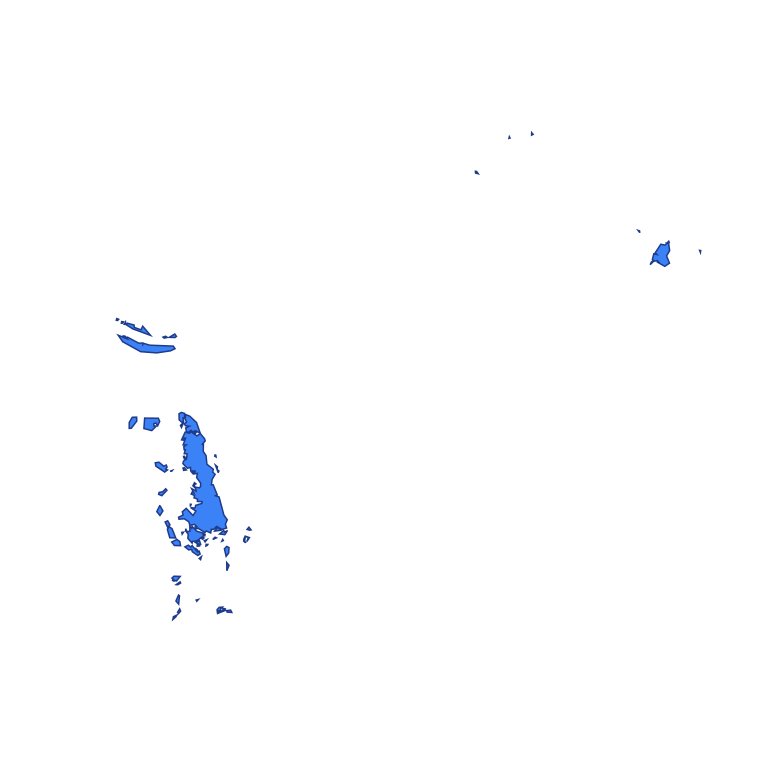 Tawi-Tawi, Tawi-Tawi, Philippines (Mercator projection), rotated 104°
{"feature_id": "2640588B18152609363823", "entity_name": "Tawi-Tawi", "entity_type": "district", "adm_level": 2, "iso_a3": "PHL", "parent_name": "Philippines", "parent_adm1": "Tawi-Tawi", "projection": "mercator", "projection_center": [119.908, 5.883], "detail": "fine", "context": "isolated", "style": "filled", "palette": "blue", "viewbox_px": 768, "rotation_deg": 104, "n_neighbors": 0, "source": "geoboundaries", "source_scale": "gbopen_adm2", "svg_char_len": 6232}
<svg xmlns="http://www.w3.org/2000/svg" viewBox="0 0 768 768"><g transform="rotate(104 384 384)"><path d="M561.8,501.9L558.4,504.0L553.7,503.2L549.8,507.7L533.5,516.7L533.2,520.5L531.9,519.0L523.1,525.4L523.6,527.1L518.2,527.7L512.5,526.0L511.0,528.8L508.0,529.0L504.7,536.4L496.6,539.3L493.1,543.1L486.2,544.6L486.7,545.4L486.4,545.8L482.5,543.7L480.6,544.8L476.5,550.2L479.6,553.0L477.1,559.6L478.9,561.0L478.8,565.3L487.2,566.9L487.0,564.6L484.7,564.9L484.6,563.4L491.7,564.2L491.1,561.3L493.2,563.1L496.2,562.0L496.4,561.4L495.8,561.2L495.8,560.8L499.9,561.0L499.5,558.1L504.7,557.5L507.3,559.9L509.9,559.9L513.3,554.3L511.7,551.6L515.1,550.5L514.1,546.3L515.4,546.1L516.3,549.0L517.5,547.3L515.9,543.4L520.1,543.2L524.6,537.9L527.8,537.2L529.4,538.0L529.7,542.1L533.3,540.4L532.1,545.3L535.8,542.1L535.4,544.0L537.4,544.5L538.0,540.8L540.4,540.8L540.8,537.1L543.1,536.7L542.2,532.1L544.0,531.9L547.3,537.4L549.4,537.3L550.2,537.8L550.7,541.8L552.8,535.8L557.8,537.5L552.5,545.8L556.8,548.8L559.7,547.2L563.0,551.1L564.8,550.2L563.1,545.2L564.9,540.1L568.0,538.3L566.1,533.9L567.8,530.9L568.5,532.7L569.9,531.6L569.1,529.0L571.4,521.8L569.6,520.9L570.5,516.1L566.7,516.4L566.3,514.1L562.7,512.0L564.3,506.0L561.8,501.9ZM398.2,597.6L403.0,620.7L402.7,627.7L403.4,627.4L403.9,627.5L402.6,628.0L403.7,631.9L400.6,644.2L401.1,645.5L402.3,644.0L401.9,647.7L401.5,645.8L400.3,646.6L400.4,649.3L401.0,648.0L401.7,648.3L401.0,653.7L406.2,647.8L411.5,627.9L408.8,612.1L403.5,599.2L400.3,595.3L398.2,597.6ZM197.7,136.2L191.4,140.8L185.5,139.1L179.1,141.7L178.7,143.5L177.8,141.5L176.6,142.3L181.3,145.0L181.4,149.2L191.1,152.6L192.3,150.5L192.4,153.7L198.3,153.7L198.9,152.2L200.8,154.0L203.8,154.6L199.7,152.1L198.1,148.5L199.0,147.2L199.1,148.4L199.6,148.3L201.9,140.0L197.7,136.2ZM476.2,550.4L466.7,556.6L462.2,564.7L461.6,569.0L466.1,568.6L468.6,566.4L471.0,567.9L472.5,566.7L472.1,562.7L474.6,565.8L477.7,564.3L478.5,562.4L475.6,560.0L477.1,557.2L475.9,556.8L475.0,555.8L476.2,550.4ZM581.3,537.0L584.8,531.7L583.1,531.8L581.4,527.6L574.3,521.8L574.1,523.0L572.4,523.7L572.2,529.9L568.6,535.8L570.5,535.7L569.0,538.0L573.9,536.7L575.1,540.1L577.2,537.6L581.3,537.0ZM474.5,592.6L471.8,594.7L475.0,608.0L485.3,606.2L485.4,598.1L480.0,594.8L480.3,597.3L478.1,597.7L477.1,596.0L479.3,593.5L474.5,592.6ZM393.3,622.3L386.3,632.1L390.2,632.9L389.5,639.9L387.2,640.8L387.1,647.7L388.9,648.2L391.3,641.2L393.3,622.3ZM518.9,585.5L522.5,575.5L519.8,573.3L519.5,575.1L517.0,574.4L515.3,575.8L517.1,577.6L514.3,583.5L515.8,586.9L518.9,585.5ZM479.8,614.9L476.0,616.0L477.2,620.2L482.9,621.9L488.7,620.5L488.1,618.5L479.8,614.9ZM593.5,521.3L591.0,522.8L592.1,524.2L587.2,531.1L589.0,532.0L587.7,534.8L590.2,537.8L592.2,533.4L591.0,530.5L593.1,529.5L595.4,523.2L593.5,521.3ZM583.8,548.8L575.7,554.6L574.5,557.6L577.3,559.1L585.0,554.7L583.8,548.8ZM590.1,542.3L586.4,543.9L584.9,547.3L588.7,551.8L591.4,548.3L590.1,542.3ZM465.3,569.3L460.8,570.4L460.6,573.7L462.4,575.7L468.3,574.1L469.9,571.2L468.8,569.4L465.6,570.9L465.3,569.3ZM565.8,569.6L560.6,567.8L556.5,571.7L556.4,572.2L562.8,573.6L565.8,569.6ZM585.6,493.8L580.2,494.8L579.6,497.3L582.5,499.0L589.4,495.5L585.6,493.8ZM642.3,483.5L640.6,483.5L640.6,486.6L642.0,484.1L642.0,485.6L644.6,486.8L645.4,489.0L644.1,489.7L643.3,487.4L641.8,488.3L639.6,486.9L640.6,489.9L643.4,491.4L646.9,490.0L642.3,483.5ZM620.0,535.2L621.3,541.3L623.6,542.8L625.4,539.5L625.5,542.3L626.1,540.4L624.8,537.4L620.0,535.2ZM539.6,568.9L538.5,570.5L542.1,572.7L543.6,576.0L545.6,576.0L546.1,572.5L539.6,568.9ZM568.7,502.0L564.0,500.4L566.2,502.6L565.0,504.1L569.3,507.3L568.7,502.0ZM572.4,557.6L569.1,560.8L570.8,563.0L575.2,559.4L572.4,557.6ZM647.3,530.0L638.9,531.2L638.5,532.3L644.9,533.4L647.3,530.0ZM565.3,506.8L564.3,507.8L563.6,511.1L567.7,512.7L565.3,506.8ZM603.2,491.3L597.4,490.5L595.3,493.4L603.2,491.3ZM584.2,523.0L580.7,525.1L583.4,528.6L584.3,524.6L585.6,524.6L584.2,523.0ZM388.0,596.9L386.1,599.1L390.7,603.7L389.5,598.1L388.0,596.9ZM570.1,479.0L565.6,477.4L565.2,481.9L568.4,482.5L570.5,482.0L570.5,481.5L571.1,481.0L571.3,480.5L571.2,480.1L570.4,479.5L571.2,480.3L570.9,481.1L565.5,481.7L565.7,478.5L570.1,479.0ZM642.5,476.4L640.5,478.1L641.9,481.8L643.3,481.1L642.5,476.4ZM653.6,526.4L651.6,527.9L655.5,529.1L656.5,527.8L653.6,526.4ZM475.2,570.0L469.4,569.0L473.4,571.5L475.2,570.0ZM557.7,477.7L555.6,480.4L558.2,481.7L558.4,479.1L557.7,477.7ZM530.5,542.2L527.9,543.7L526.4,542.3L525.6,544.0L529.0,544.8L530.5,542.2ZM515.2,555.0L513.5,557.6L514.2,558.7L516.3,557.5L515.2,555.0ZM658.2,529.0L660.7,532.0L663.6,531.9L660.4,529.7L658.2,529.0ZM598.8,519.5L595.7,519.4L598.0,521.1L598.8,519.5ZM157.2,343.4L155.3,345.6L155.5,346.8L157.2,346.2L157.2,343.4ZM626.4,533.2L625.3,534.0L628.9,537.1L628.7,535.6L626.4,533.2ZM476.1,554.4L475.4,556.2L477.4,557.1L477.7,555.1L476.1,554.4ZM573.8,509.4L573.5,510.6L573.8,511.2L576.3,512.5L573.8,509.4ZM391.2,605.5L390.5,607.5L392.0,609.8L392.7,608.4L391.2,605.5ZM504.3,558.3L502.4,560.1L502.8,561.0L504.9,559.7L504.3,558.3ZM640.1,513.1L638.0,512.0L639.1,514.0L640.1,513.1ZM576.9,521.4L576.3,522.8L578.1,523.7L578.5,522.3L576.9,521.4ZM507.2,525.4L504.6,525.6L503.5,527.9L507.2,525.4ZM385.4,657.1L385.1,659.1L386.9,659.2L386.8,657.8L385.4,657.1ZM578.5,543.5L576.3,542.7L576.9,544.3L578.5,543.5ZM580.5,519.4L577.8,518.2L579.5,520.5L580.5,519.4ZM106.8,301.0L105.7,299.7L104.4,301.5L106.8,301.0ZM386.7,651.8L386.9,653.7L388.6,653.5L388.2,652.3L386.7,651.8ZM582.3,516.1L582.6,517.8L584.3,517.6L583.4,516.5L582.3,516.1ZM573.9,540.2L572.4,541.4L574.4,541.0L573.9,540.2ZM549.8,542.3L547.4,542.0L547.5,542.8L549.8,542.3ZM388.6,648.9L386.4,649.8L388.9,650.5L388.6,648.9ZM495.4,529.3L493.7,530.0L493.7,530.8L495.0,530.8L495.4,529.3ZM173.5,174.6L174.9,172.8L174.8,172.6L173.6,173.1L173.5,174.6ZM179.8,108.8L177.9,109.0L178.0,110.1L179.8,108.8ZM574.4,521.2L573.2,521.2L572.9,522.8L574.4,521.2ZM574.8,502.0L573.8,502.9L575.8,503.3L574.8,502.0ZM115.4,322.2L114.8,321.2L113.7,322.2L115.4,322.2ZM520.4,570.5L520.1,569.5L519.9,568.8L519.0,568.4L520.4,570.5ZM586.0,524.4L585.5,525.4L585.5,526.3L586.6,526.0L586.0,524.4ZM591.0,524.0L590.3,524.8L589.5,526.3L590.5,526.0L591.0,524.0ZM510.3,523.4L508.3,523.2L507.7,524.5L510.3,523.4Z" fill="#3b82f6" stroke="#1e3a8a" stroke-width="1.5"/></g></svg>